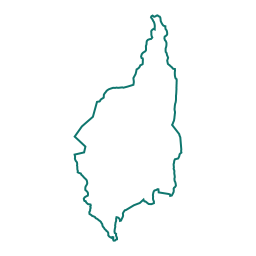 Andorinha, Bahia, Brazil (Natural Earth projection)
{"feature_id": "56859067B23692820001253", "entity_name": "Andorinha", "entity_type": "district", "adm_level": 2, "iso_a3": "BRA", "parent_name": "Brazil", "parent_adm1": "Bahia", "projection": "natural_earth1", "projection_center": [-39.857, -10.251], "detail": "fine", "context": "isolated", "style": "outline", "palette": "teal", "viewbox_px": 256, "rotation_deg": 0, "n_neighbors": 0, "source": "geoboundaries", "source_scale": "gbopen_adm2", "svg_char_len": 4330}
<svg xmlns="http://www.w3.org/2000/svg" viewBox="0 0 256 256"><path d="M165.4,26.3L163.5,25.7L162.6,24.7L161.9,23.5L161.3,22.4L160.7,20.9L160.6,19.8L160.5,18.8L160.3,17.6L159.7,16.6L158.6,16.3L157.6,15.4L156.5,15.6L155.6,16.3L154.1,16.8L152.6,15.6L151.5,16.2L151.0,17.2L151.6,18.3L152.3,19.1L152.8,20.1L153.2,21.0L153.8,21.8L154.3,23.1L154.6,24.4L154.8,26.0L154.7,27.7L154.7,29.4L153.6,28.9L152.6,29.5L151.5,30.6L151.2,31.7L151.4,33.0L151.3,34.3L151.6,36.0L152.3,37.5L151.7,38.3L151.0,39.0L150.0,39.1L148.7,39.5L147.8,39.9L146.8,41.1L146.6,42.4L146.5,44.3L145.9,46.1L146.0,48.1L146.0,50.1L145.3,51.3L144.1,52.0L142.9,52.8L141.8,54.1L141.4,55.4L141.1,56.6L141.6,58.1L142.7,58.4L142.9,59.5L142.8,61.1L142.8,62.8L142.6,64.2L141.7,64.7L140.3,65.3L139.6,66.9L138.6,68.1L137.5,68.9L136.6,69.4L136.3,71.0L136.0,72.4L135.6,74.0L133.4,78.1L133.6,79.9L133.8,81.4L133.8,82.4L133.6,83.6L133.4,84.8L127.6,86.6L123.4,87.7L122.4,87.4L121.0,87.5L118.8,87.8L117.7,87.8L116.5,87.6L115.4,87.9L114.2,87.9L113.2,87.8L111.9,88.2L110.4,88.7L109.0,89.2L107.5,90.1L106.4,91.1L105.6,92.3L104.7,93.3L103.9,94.6L103.8,96.0L103.7,97.6L102.8,98.2L101.7,98.9L100.6,99.7L100.2,100.7L99.5,101.5L98.2,101.6L97.0,101.9L92.9,116.8L85.2,123.5L81.9,126.4L74.7,136.6L85.4,146.6L84.1,152.4L74.6,154.6L74.9,155.8L75.1,157.0L74.9,158.5L75.2,159.7L76.0,161.2L76.9,162.2L77.1,163.2L77.2,164.4L77.0,165.4L77.3,166.6L77.3,168.2L77.4,169.7L77.8,170.8L77.7,172.3L79.2,173.0L80.8,173.5L81.4,174.8L82.4,175.6L83.5,176.9L84.3,177.8L85.4,178.8L86.4,179.8L86.9,180.9L87.2,182.5L87.2,183.7L86.4,185.3L85.6,186.5L85.3,187.9L85.3,189.9L86.6,191.1L87.3,191.8L87.9,192.9L88.0,194.2L87.8,195.6L86.1,196.4L84.7,197.3L83.8,198.6L84.0,199.9L84.5,201.0L85.6,201.1L86.2,202.4L87.2,203.4L88.0,204.1L89.3,204.3L90.5,204.5L90.8,205.7L90.2,206.7L90.7,207.9L90.2,209.0L90.1,210.7L89.3,212.1L89.5,214.0L90.7,214.7L91.5,215.2L92.1,215.9L93.4,216.3L94.9,217.0L95.7,218.2L96.7,218.6L97.9,219.4L98.7,220.2L99.7,220.8L100.9,221.9L101.5,223.1L102.2,224.0L102.4,225.2L102.8,226.5L103.9,227.7L104.7,229.1L105.8,230.0L106.5,231.0L107.4,231.5L108.2,232.8L108.3,234.2L108.3,235.4L109.2,236.5L110.4,237.3L111.6,237.9L112.2,237.0L113.3,237.2L113.3,238.3L113.1,239.6L113.6,240.6L114.9,240.6L115.8,239.7L117.0,239.3L117.0,238.0L116.5,236.7L116.0,235.5L116.1,233.8L114.8,233.0L114.5,231.5L114.7,229.6L115.0,228.0L115.3,226.8L115.1,225.5L115.4,223.9L115.5,222.7L116.0,221.4L116.2,220.1L116.1,218.9L116.5,217.2L117.9,217.5L118.9,218.2L119.8,219.5L120.0,220.9L121.0,220.6L121.7,219.0L122.7,217.0L123.1,215.7L122.9,213.3L123.8,211.7L124.8,210.3L126.0,210.0L134.0,205.2L138.2,203.6L139.8,203.0L143.5,199.6L143.8,200.6L144.5,201.4L145.4,201.4L146.3,202.1L147.5,203.1L148.7,204.0L150.2,204.1L151.6,204.1L152.8,203.6L153.9,203.2L153.9,201.4L153.3,200.1L153.0,198.9L153.0,197.8L153.1,196.5L152.9,195.1L153.1,193.9L153.4,192.5L153.8,191.4L154.5,190.5L156.5,189.9L157.4,189.2L158.4,189.3L158.6,191.3L158.7,192.4L168.7,194.0L170.0,194.5L170.2,195.9L171.8,195.5L172.8,193.6L173.6,192.0L173.8,190.0L173.6,188.8L174.1,187.7L174.9,187.2L175.9,185.7L175.7,183.9L175.3,182.2L174.7,181.1L174.5,179.9L174.4,178.7L174.8,177.1L174.6,175.3L174.3,173.7L174.3,172.4L174.4,171.0L174.0,169.7L173.6,168.8L173.9,167.5L173.7,165.7L173.6,164.1L174.0,163.0L174.1,161.9L174.3,160.7L174.9,159.3L176.5,158.9L178.1,158.5L178.8,157.3L179.3,156.0L179.6,154.3L180.4,153.4L181.4,152.6L181.1,151.1L181.3,149.5L180.3,137.3L179.9,136.4L179.5,135.4L179.2,134.1L172.1,124.9L172.7,123.8L173.3,122.1L174.0,120.6L174.2,119.2L174.4,118.1L174.5,116.8L174.7,115.3L174.8,114.0L175.0,112.9L175.0,111.9L174.7,110.5L174.5,109.1L174.7,107.6L174.8,106.0L175.0,104.7L175.2,103.6L175.6,102.5L175.9,100.7L176.0,99.3L176.0,98.1L176.0,97.0L176.0,95.7L176.2,94.1L176.3,92.5L176.4,90.2L176.5,89.0L176.4,87.8L176.5,86.6L176.5,85.1L176.6,83.6L176.6,82.4L176.7,80.8L176.6,79.2L175.6,78.4L175.1,76.8L174.9,75.5L174.8,73.7L174.8,72.2L175.0,70.6L174.9,69.0L173.8,68.9L172.9,68.6L172.3,67.8L171.5,66.9L170.6,66.3L169.7,65.3L168.8,64.7L167.9,63.9L167.2,60.6L167.6,59.3L168.1,57.8L167.6,56.4L167.0,55.2L166.8,54.0L166.5,52.9L165.7,51.9L165.6,50.4L165.6,48.5L166.2,46.7L166.4,45.4L166.5,43.9L166.4,42.6L165.8,41.1L164.9,40.1L164.4,38.3L164.7,36.6L166.0,35.8L167.1,34.6L167.2,33.2L167.0,31.7L166.6,30.4L165.6,29.1L165.3,27.6L165.4,26.3Z" fill="none" stroke="#0f766e" stroke-width="2"/></svg>